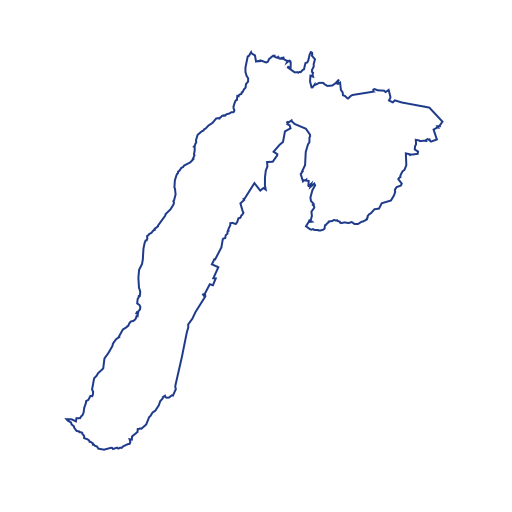 Tuxcueca, Jalisco, Mexico (Mercator projection), rotated 276°
{"feature_id": "50627088B64189905632307", "entity_name": "Tuxcueca", "entity_type": "district", "adm_level": 2, "iso_a3": "MEX", "parent_name": "Mexico", "parent_adm1": "Jalisco", "projection": "mercator", "projection_center": [-103.23, 20.139], "detail": "fine", "context": "isolated", "style": "outline", "palette": "blue", "viewbox_px": 512, "rotation_deg": 276, "n_neighbors": 0, "source": "geoboundaries", "source_scale": "gbopen_adm2", "svg_char_len": 6088}
<svg xmlns="http://www.w3.org/2000/svg" viewBox="0 0 512 512"><g transform="rotate(276 256 256)"><path d="M409.1,427.4L421.7,412.9L423.9,385.0L425.3,377.8L423.1,376.0L424.6,372.0L427.3,373.1L428.4,373.0L435.0,370.6L432.6,367.8L433.8,366.0L433.5,359.7L434.4,356.4L433.7,355.3L431.9,355.5L431.8,354.6L431.6,355.1L426.2,335.1L425.0,333.4L422.3,331.2L422.3,330.5L424.3,328.0L425.0,325.7L427.9,325.0L430.0,323.1L437.2,321.5L435.7,319.5L436.0,318.6L440.1,320.0L436.1,317.0L433.5,314.0L432.6,309.3L434.0,306.1L435.2,304.8L434.8,300.8L432.6,297.4L432.2,296.5L432.7,296.4L429.6,294.6L429.5,293.6L435.3,291.5L441.0,291.3L440.3,294.0L442.2,293.2L444.2,293.6L445.0,292.4L446.6,292.2L450.5,293.6L453.0,293.3L457.8,294.1L461.1,290.6L463.1,291.1L463.2,291.4L463.3,290.6L464.0,290.5L464.5,289.2L462.1,288.3L455.7,287.5L453.8,286.7L453.0,285.0L446.7,284.2L446.0,283.1L443.5,281.2L443.6,279.9L442.7,278.9L443.1,278.1L442.7,275.3L446.8,268.0L447.5,268.3L446.4,270.8L452.1,270.3L452.2,269.9L453.4,269.7L453.8,268.7L451.7,266.5L453.3,267.0L453.8,264.9L454.8,263.0L456.2,262.6L455.6,260.7L454.8,260.9L454.8,258.5L456.4,257.3L455.3,256.3L456.3,253.2L457.1,253.4L457.0,252.1L453.3,248.4L450.5,247.5L449.5,245.8L450.7,241.5L450.1,239.0L450.6,239.2L449.4,235.7L455.4,234.0L457.0,230.4L458.2,229.8L454.2,228.0L453.6,226.9L442.2,225.8L437.8,226.3L434.2,227.8L431.9,229.6L428.6,229.9L426.0,228.1L422.3,228.0L420.5,226.6L417.6,225.5L417.2,224.7L415.6,224.5L414.8,222.8L414.0,222.0L413.1,222.0L413.2,220.7L409.2,220.7L408.9,219.9L407.8,219.2L402.4,218.0L400.4,218.3L398.6,219.3L397.2,219.0L396.5,218.1L396.4,216.5L394.8,214.4L393.9,211.8L392.4,210.7L392.6,209.8L392.1,209.4L392.4,209.0L391.8,207.6L390.0,206.2L389.5,205.2L388.9,205.2L389.0,203.1L388.4,201.9L383.8,198.8L380.8,195.1L377.5,192.6L376.6,191.2L375.2,190.6L374.4,189.1L370.4,185.3L364.9,184.2L362.7,184.7L361.1,183.9L359.5,183.7L358.2,182.8L357.9,183.6L354.8,184.0L350.5,183.7L349.7,184.3L346.1,183.1L346.4,183.6L345.9,183.7L342.2,180.8L338.4,175.0L336.9,174.2L335.8,172.5L332.7,170.9L331.8,169.7L330.1,169.7L329.4,168.9L327.3,168.3L322.6,167.4L315.6,167.7L314.4,168.4L308.8,169.6L302.9,168.7L301.9,168.1L300.9,168.8L298.7,168.6L293.3,166.0L288.2,161.7L286.8,161.6L275.9,155.3L275.2,155.4L272.5,152.4L271.8,152.1L271.4,152.5L270.6,151.2L268.0,149.5L266.6,147.4L265.4,146.8L264.5,145.6L261.8,146.1L260.1,145.6L259.9,144.6L257.5,143.9L251.5,143.3L240.7,143.8L236.1,143.5L230.1,141.2L222.2,141.3L212.3,142.9L208.8,144.5L206.3,144.7L204.0,144.6L203.9,143.6L202.4,143.6L200.9,142.8L196.4,142.8L195.1,145.2L193.3,146.3L190.7,146.2L188.8,144.8L187.4,144.7L187.7,143.5L186.4,143.0L185.9,144.6L183.6,144.5L183.7,143.5L181.0,142.9L179.6,141.9L178.6,140.8L177.8,138.4L175.9,137.1L173.1,136.2L172.6,135.2L171.8,134.9L169.0,131.3L161.6,128.1L161.1,128.5L158.8,125.7L155.6,123.8L153.6,122.8L151.7,122.7L144.2,119.4L138.3,116.0L128.2,115.8L122.8,111.1L120.4,110.1L117.4,107.8L106.1,106.9L104.0,108.2L101.2,108.3L99.5,107.8L99.6,106.0L95.4,104.3L93.9,102.2L91.9,102.2L87.0,101.0L82.3,100.9L79.6,100.1L78.3,98.9L76.3,98.0L75.9,94.4L72.7,94.2L74.3,89.8L73.9,84.6L72.7,85.9L71.0,89.5L69.2,90.2L67.7,92.6L66.3,93.1L63.3,95.8L63.0,98.5L62.3,98.9L62.4,100.9L61.9,101.7L60.8,102.0L59.1,103.9L56.9,104.1L56.1,107.6L55.0,109.4L53.8,109.9L53.8,111.0L52.5,113.5L51.3,113.5L51.3,114.7L50.5,115.4L49.9,117.8L47.9,119.4L47.5,125.1L50.1,131.8L50.1,132.9L49.1,133.9L50.9,137.9L50.2,138.8L50.2,139.6L51.2,140.9L51.1,142.4L52.9,143.9L55.7,148.6L55.9,149.9L57.9,150.5L60.6,149.4L60.4,151.7L63.6,151.6L68.6,156.5L71.5,156.5L71.4,157.2L72.4,158.7L72.2,160.0L76.9,164.4L84.6,166.6L85.8,167.7L89.6,169.5L91.7,172.1L97.5,175.0L101.6,175.9L104.6,178.1L105.8,178.1L107.5,180.0L106.2,180.7L105.7,182.0L106.1,184.2L108.6,186.8L108.5,188.0L115.3,190.2L117.6,189.3L120.0,189.5L147.5,192.8L173.0,195.2L177.8,196.1L180.8,195.7L187.1,199.3L194.0,201.7L209.9,209.5L212.7,206.8L211.8,209.5L213.2,209.1L223.1,213.0L222.4,216.2L229.5,218.3L229.4,215.9L240.9,219.7L243.1,213.0L248.4,214.9L248.3,215.7L261.0,220.7L269.2,221.2L269.9,221.6L270.6,223.5L273.4,223.7L275.3,225.3L276.8,225.1L278.1,225.4L278.2,226.0L280.0,225.8L283.9,227.2L285.9,227.0L286.5,229.0L285.7,232.5L287.6,233.7L291.7,234.6L292.3,236.4L294.8,237.2L295.7,238.1L297.8,239.0L298.8,238.2L306.7,235.0L310.5,238.4L311.4,237.7L312.1,238.8L328.3,246.8L321.5,253.4L324.4,256.4L323.1,258.7L327.2,257.5L335.2,256.7L341.9,256.8L346.2,258.0L350.6,257.2L351.5,262.8L358.2,266.5L359.5,266.6L361.5,262.6L369.0,267.8L372.2,270.9L383.0,271.8L386.6,277.0L389.5,275.8L390.4,273.4L391.4,273.7L392.2,273.0L392.7,273.7L392.5,274.7L394.6,277.2L393.6,277.6L391.3,280.7L387.8,292.3L382.3,297.0L380.9,297.3L379.3,296.8L374.6,297.2L372.4,296.0L364.7,294.6L351.5,295.3L345.2,293.1L345.0,293.5L342.1,291.9L335.2,294.9L336.4,295.8L336.2,296.9L337.1,297.9L336.3,297.9L336.1,300.6L331.3,300.7L331.1,301.1L333.8,303.5L330.4,302.9L334.1,306.4L332.5,307.4L327.3,305.2L319.8,304.0L316.5,304.9L313.7,308.0L312.7,307.2L311.7,308.5L310.1,308.9L305.9,306.5L301.6,307.4L297.7,306.7L297.2,305.8L296.0,308.0L295.4,305.5L295.7,305.0L290.8,302.6L288.3,306.9L288.0,308.3L288.7,309.9L288.0,311.2L288.3,315.1L288.0,315.3L288.0,317.1L289.1,319.9L290.3,321.3L293.7,321.4L294.5,322.6L295.5,323.0L297.1,324.7L297.9,324.7L298.8,328.2L300.0,329.8L299.6,331.8L300.0,333.0L299.4,333.4L298.9,335.7L298.0,336.1L297.6,337.2L298.7,340.8L298.4,344.6L299.8,347.6L298.1,350.7L298.5,354.1L301.1,357.4L301.5,358.9L304.0,362.5L304.9,362.2L305.8,363.0L307.3,362.8L309.6,364.4L310.3,365.6L314.9,369.0L316.0,373.4L321.6,375.5L325.3,384.4L330.9,387.0L334.4,387.7L336.4,387.2L339.2,388.6L341.2,392.7L343.2,393.4L347.3,389.5L348.4,389.9L349.6,391.4L350.4,391.1L352.4,391.6L355.5,392.9L357.3,394.7L362.1,396.0L373.7,394.3L373.4,397.1L372.6,398.5L373.2,398.7L373.1,400.2L374.5,406.1L376.8,406.2L378.5,402.8L381.8,402.7L383.8,403.5L388.2,402.8L387.9,406.4L387.4,407.0L388.2,411.0L388.2,413.2L389.0,412.9L390.2,414.5L389.7,415.4L390.1,416.4L388.5,417.3L388.1,418.2L390.8,423.7L400.3,419.4L402.7,422.8L402.7,423.7L404.0,422.7L404.3,425.1L404.6,424.9L409.1,427.4Z" fill="none" stroke="#1e3a8a" stroke-width="2"/></g></svg>